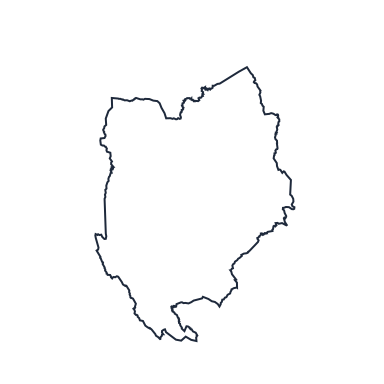 Manorhamilton Lea-6, Leitrim, Ireland (Equal Earth projection), rotated 234°
{"feature_id": "5873133B72319523044240", "entity_name": "Manorhamilton Lea-6", "entity_type": "district", "adm_level": 2, "iso_a3": "IRL", "parent_name": "Ireland", "parent_adm1": "Leitrim", "projection": "equal_earth", "projection_center": [-8.199, 54.289], "detail": "fine", "context": "isolated", "style": "outline", "palette": "slate", "viewbox_px": 384, "rotation_deg": 234, "n_neighbors": 0, "source": "geoboundaries", "source_scale": "gbopen_adm2", "svg_char_len": 6002}
<svg xmlns="http://www.w3.org/2000/svg" viewBox="0 0 384 384"><g transform="rotate(234 192 192)"><path d="M315.2,182.4L307.4,177.1L306.6,172.0L302.1,165.4L296.7,162.0L296.5,159.7L295.2,158.4L294.7,156.9L293.9,156.4L292.3,156.3L292.2,155.9L289.9,155.4L289.4,155.7L288.1,155.0L287.1,152.9L289.0,149.6L287.6,148.1L283.9,146.1L282.3,146.8L281.4,148.0L279.2,148.5L279.1,148.8L277.1,148.6L276.2,147.4L274.6,146.9L271.8,149.0L268.8,147.3L267.5,145.2L263.7,145.2L263.4,144.0L262.0,142.9L258.4,143.2L258.8,142.4L258.1,142.6L257.7,142.2L259.1,141.4L258.5,140.6L257.4,140.6L257.9,139.8L256.9,139.4L257.2,138.8L254.8,138.3L255.2,137.4L253.1,134.6L253.0,133.7L251.7,132.0L250.0,131.1L249.6,129.3L247.5,126.4L245.0,124.8L244.7,123.1L242.0,121.7L241.0,120.0L238.9,119.0L237.9,117.3L209.0,97.8L206.5,96.6L204.8,94.7L205.5,93.5L208.5,93.0L210.8,93.5L211.6,91.8L213.0,91.2L212.8,90.3L214.6,89.3L213.6,88.2L211.3,87.1L202.0,83.7L200.6,82.2L200.7,80.4L193.3,79.8L192.8,79.0L192.1,79.2L188.3,78.2L187.6,78.6L186.9,78.4L186.3,77.4L182.3,77.0L182.0,76.5L180.3,76.3L179.5,75.5L177.2,75.6L176.3,75.0L176.1,75.3L174.6,75.0L173.0,77.0L170.6,76.7L170.5,76.4L169.0,76.6L169.4,77.8L169.3,78.7L168.2,79.7L168.0,81.7L166.8,82.5L160.4,82.3L157.8,81.8L155.2,82.8L155.3,83.4L154.7,83.8L149.2,83.4L148.0,82.3L146.3,82.0L145.6,81.2L144.3,81.1L142.9,80.2L142.0,80.4L141.7,80.9L140.4,81.6L134.6,80.9L132.7,78.4L131.9,78.1L131.6,77.1L132.1,76.6L132.0,76.0L131.1,76.2L129.0,75.7L127.5,74.1L125.5,74.4L125.1,75.1L124.1,75.4L123.0,74.7L121.0,75.1L118.8,74.4L116.5,76.5L111.3,75.7L108.5,76.6L107.0,77.3L107.3,77.5L106.9,77.9L104.6,78.5L98.7,78.8L96.9,78.4L94.6,79.3L91.8,79.7L91.7,80.0L93.0,81.1L93.4,83.1L94.2,83.8L94.3,84.4L93.8,85.1L96.0,85.1L97.2,86.1L97.2,88.1L96.8,89.4L93.9,88.6L82.0,92.2L78.1,95.9L78.7,101.9L72.9,104.4L68.8,108.0L71.8,109.8L72.3,110.9L72.9,111.2L72.8,111.9L73.4,112.0L76.0,112.3L78.7,110.8L81.1,111.0L81.6,110.3L82.4,110.6L82.6,110.1L83.2,110.0L83.8,110.4L85.6,109.7L86.6,108.6L83.9,104.1L87.5,103.4L88.3,104.1L90.9,104.1L92.5,104.9L93.6,104.5L94.8,105.2L94.8,105.6L95.5,105.5L96.1,106.5L97.0,106.5L97.3,107.0L98.1,107.1L98.6,106.7L101.3,107.5L103.8,106.5L104.6,106.9L105.3,106.8L106.8,106.0L107.9,106.3L107.9,107.0L109.6,107.0L111.4,107.9L111.4,108.4L110.9,108.8L109.6,108.9L109.5,109.3L110.6,110.3L110.1,110.9L108.9,111.0L108.6,111.8L110.4,113.6L109.2,118.2L108.6,119.1L107.1,119.8L106.2,121.4L103.9,123.7L103.3,126.7L103.2,129.5L100.0,137.6L100.8,139.2L95.8,142.4L92.0,143.8L89.6,145.9L86.2,147.0L83.2,146.9L84.3,149.2L85.4,150.1L85.6,151.6L87.1,153.2L86.4,154.5L87.2,156.5L86.7,158.0L87.9,160.4L87.5,163.2L88.6,164.5L89.4,166.3L90.0,166.7L89.6,169.4L88.4,172.1L88.1,172.2L92.3,175.1L95.6,174.9L95.2,176.2L102.0,176.0L104.5,177.0L106.0,177.0L105.8,177.3L106.5,179.1L106.2,180.3L108.7,181.4L109.4,182.7L109.3,184.3L110.4,185.8L110.3,188.6L110.9,190.1L110.7,191.7L111.0,194.7L112.1,194.9L111.7,197.7L110.4,200.1L110.1,201.4L110.3,202.3L110.6,202.3L110.6,204.0L112.8,216.0L113.8,217.5L115.6,217.4L116.4,217.8L116.1,218.8L116.6,220.1L116.3,220.4L116.7,220.9L116.9,222.7L117.9,223.3L117.4,224.0L115.6,224.1L115.5,224.9L116.4,225.0L115.8,225.5L115.9,226.4L115.3,226.9L115.7,227.1L114.7,228.3L115.1,228.4L115.2,229.9L113.1,234.2L114.3,234.9L114.3,235.7L116.4,237.8L116.4,238.4L115.3,239.1L115.8,239.7L115.3,240.3L115.4,240.8L117.7,241.4L116.7,243.1L115.3,243.5L113.9,246.6L109.6,248.7L109.6,249.3L113.1,249.5L116.8,250.9L117.0,251.7L115.9,252.1L116.6,253.6L117.2,254.1L120.5,254.6L123.0,255.7L124.6,255.3L125.7,256.3L125.1,257.3L124.7,259.1L123.3,260.9L122.6,261.6L119.5,262.7L118.5,263.8L118.3,264.8L119.5,265.9L121.4,264.9L123.3,265.4L124.6,268.4L127.0,269.9L130.3,270.4L132.2,269.9L143.6,279.1L150.2,278.5L154.1,278.8L154.8,278.3L154.4,276.3L157.9,276.5L158.7,276.1L159.1,274.9L163.0,276.0L165.6,277.6L171.2,277.8L173.4,280.0L173.4,280.6L174.8,281.4L174.4,282.4L174.5,282.9L176.5,283.8L177.0,285.3L176.6,286.2L177.1,286.9L181.5,289.3L181.5,289.6L183.6,290.9L185.7,290.6L187.5,291.3L188.6,292.9L189.7,293.4L189.6,293.8L190.4,294.4L189.9,294.7L190.4,295.0L190.3,295.5L190.9,295.5L192.4,297.7L194.8,298.8L194.8,299.7L195.4,299.8L195.6,300.3L195.3,301.4L196.8,302.1L197.8,303.2L197.8,304.1L199.5,305.3L201.9,305.0L201.9,305.8L203.1,306.1L203.3,306.7L204.1,307.0L204.8,306.5L204.6,305.4L205.1,304.8L207.4,303.9L209.0,302.7L209.5,301.8L209.7,300.6L212.0,296.6L215.8,297.5L218.8,300.1L220.5,299.8L222.0,300.3L223.5,299.9L225.2,301.5L229.4,303.4L231.0,303.6L232.3,305.8L233.7,306.6L233.8,307.0L238.8,307.0L240.7,307.9L242.4,307.7L243.4,306.7L244.6,306.6L245.0,307.3L245.2,308.9L247.4,309.8L248.7,309.1L250.9,309.9L253.4,309.4L260.7,309.8L261.8,300.5L263.4,278.1L264.5,276.1L264.9,272.3L265.8,271.2L264.2,269.9L264.2,268.4L264.7,267.7L264.4,267.2L265.2,267.1L265.0,266.4L266.0,265.9L265.3,264.7L266.8,264.5L266.2,264.0L266.8,263.1L267.6,263.5L268.3,262.9L269.2,263.9L269.3,262.5L270.5,261.5L270.2,260.5L268.9,260.2L268.0,259.2L266.3,259.7L265.3,258.6L264.7,258.7L265.0,257.8L263.3,257.3L263.7,256.3L263.0,255.2L263.1,254.4L263.9,253.7L264.2,252.8L264.7,252.9L263.8,252.2L262.0,251.9L261.9,250.4L264.0,248.0L263.8,247.6L264.6,247.3L264.6,246.8L266.0,246.9L266.2,246.4L267.2,246.0L267.7,246.3L267.5,245.8L268.3,245.9L269.1,245.4L269.0,245.0L269.7,244.8L270.8,243.2L270.6,242.9L271.2,240.7L270.7,239.7L270.0,240.1L269.9,239.7L270.6,238.8L269.6,238.6L269.0,237.9L269.3,236.4L267.7,235.3L267.9,234.7L266.7,234.4L265.4,234.7L265.1,233.9L264.4,233.8L264.0,232.7L264.4,231.9L262.9,230.8L263.1,230.0L262.7,229.8L262.7,229.1L261.3,227.6L259.0,227.0L258.1,226.0L258.4,225.0L259.9,224.2L259.7,222.8L260.2,221.8L262.3,220.6L262.6,219.3L264.4,217.9L266.8,214.4L271.9,216.1L278.1,216.8L282.8,218.0L285.9,217.4L288.7,214.4L292.2,212.2L295.0,208.7L295.3,206.9L295.9,206.6L297.3,204.7L301.0,202.0L301.2,201.1L300.9,200.7L301.2,199.9L300.8,199.1L301.1,198.1L300.9,197.5L301.5,196.9L302.0,195.0L304.4,193.4L305.8,191.3L307.5,190.5L307.5,190.1L309.6,188.7L310.3,187.6L311.0,187.2L315.2,182.4Z" fill="none" stroke="#1e293b" stroke-width="2"/></g></svg>